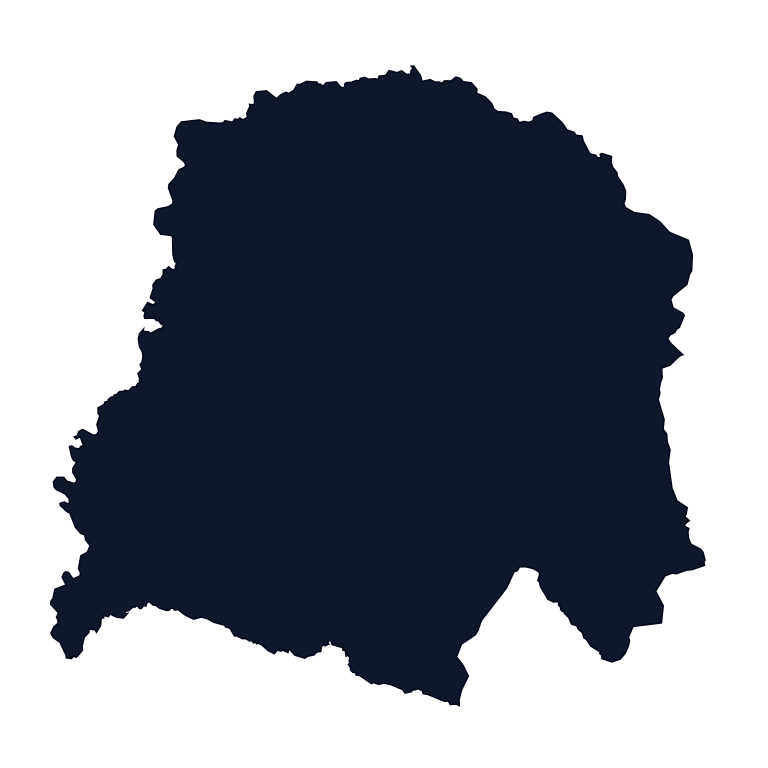 Tain, Brong Ahafo, Ghana, rotated 182°
{"feature_id": "2480657B14065489870616", "entity_name": "Tain", "entity_type": "district", "adm_level": 2, "iso_a3": "GHA", "parent_name": "Ghana", "parent_adm1": "Brong Ahafo", "projection": "orthographic", "projection_center": [-2.339, 7.791], "detail": "fine", "context": "isolated", "style": "filled", "palette": "ink", "viewbox_px": 768, "rotation_deg": 182, "n_neighbors": 0, "source": "geoboundaries", "source_scale": "gbopen_adm2", "svg_char_len": 6095}
<svg xmlns="http://www.w3.org/2000/svg" viewBox="0 0 768 768"><g transform="rotate(182 384 384)"><path d="M692.0,99.2L686.7,98.7L686.8,100.4L685.9,99.8L684.0,101.5L682.5,100.1L680.3,101.8L676.0,107.7L676.6,111.4L674.6,120.6L670.1,125.6L670.7,128.8L664.3,128.2L662.7,125.8L659.0,132.4L658.5,136.1L659.9,136.4L658.3,138.5L658.6,140.8L656.1,140.3L656.7,142.7L651.2,141.9L649.9,144.6L643.0,141.6L636.2,141.1L632.4,145.7L634.8,145.2L634.5,147.9L631.0,148.6L626.9,152.6L625.4,152.0L624.0,153.4L622.1,153.2L620.3,151.0L618.5,151.3L616.6,154.1L614.2,153.7L613.3,157.2L610.9,158.2L606.6,154.8L605.0,155.3L600.9,152.3L593.6,150.1L591.3,150.3L588.8,152.6L586.9,152.6L585.3,150.7L582.1,151.4L574.6,146.1L566.1,142.4L558.4,144.7L551.9,143.1L546.0,140.0L534.4,137.3L534.1,135.8L529.5,134.6L524.4,126.8L523.0,127.4L516.7,124.6L513.0,124.6L509.5,122.5L506.8,122.8L505.4,120.7L503.4,121.6L502.3,119.9L500.8,120.6L497.1,119.1L490.9,113.8L484.2,110.6L481.5,114.3L477.3,113.5L476.5,114.7L470.6,112.3L470.2,114.6L468.9,115.2L463.6,109.9L453.7,107.2L450.7,109.3L444.5,110.8L442.0,113.7L437.9,114.5L437.4,119.5L435.4,121.2L433.8,120.3L430.0,122.2L431.0,122.7L430.7,124.9L428.3,126.0L426.7,121.7L416.2,119.1L415.6,116.5L413.5,116.6L412.4,110.6L410.6,111.7L408.2,108.9L409.2,106.2L408.3,104.1L409.8,102.5L407.7,99.8L407.5,97.0L405.0,94.8L402.2,94.5L401.7,92.1L398.6,92.1L386.0,84.1L384.5,85.4L378.9,83.7L372.9,85.1L367.0,83.9L354.5,79.2L352.2,75.8L345.6,77.6L344.7,79.8L343.1,79.2L339.1,80.6L334.9,78.7L334.1,75.9L329.4,75.3L312.4,69.0L308.8,69.5L306.6,66.0L300.6,66.6L297.5,65.2L298.0,70.9L295.9,80.8L289.5,95.0L295.1,105.5L302.0,113.8L297.6,126.6L284.0,136.6L281.5,140.9L278.5,150.9L254.4,184.5L247.5,200.8L244.1,202.2L242.2,206.0L235.7,206.3L228.6,204.8L222.6,201.7L221.8,198.9L223.4,193.0L221.6,191.5L220.8,187.4L212.7,174.6L206.9,172.1L203.2,172.6L201.1,171.0L202.0,169.6L199.4,166.4L199.7,165.0L197.9,163.0L195.9,163.1L195.9,161.4L191.1,156.9L188.1,150.5L182.9,149.2L181.3,145.7L176.8,142.2L175.5,137.5L172.2,135.2L168.3,129.4L158.0,123.4L159.0,122.2L156.8,120.4L156.6,117.2L146.7,114.2L138.3,117.3L133.8,122.9L130.8,130.1L129.7,136.1L130.8,139.5L126.7,150.4L98.4,154.9L97.2,172.1L105.3,186.4L96.5,202.0L89.0,205.2L85.5,204.5L75.1,208.6L70.0,209.1L57.3,214.0L58.1,217.2L57.0,219.3L59.4,227.1L61.7,229.9L71.6,234.5L74.3,240.5L75.1,246.5L74.3,250.2L78.9,252.4L77.5,255.5L74.2,258.0L79.1,262.4L77.6,264.1L76.6,271.0L87.1,277.4L92.6,290.0L97.1,315.8L95.9,328.3L98.9,336.0L99.8,343.9L103.5,348.6L102.8,358.1L109.5,378.1L107.9,384.3L108.8,388.0L107.6,396.2L106.2,399.7L107.0,409.6L99.0,412.7L89.9,422.1L86.4,423.7L98.5,434.3L102.2,439.2L100.1,442.8L95.1,445.7L93.5,449.0L90.8,450.9L86.3,463.1L87.6,465.0L97.8,470.1L100.4,478.3L98.4,482.2L84.8,494.1L82.3,504.9L80.5,507.8L80.4,523.9L84.8,538.2L104.2,545.6L113.9,555.6L125.1,562.5L140.0,564.0L149.0,568.9L150.7,573.0L149.4,576.7L149.3,585.1L152.2,591.6L157.9,599.4L158.7,603.5L162.9,608.3L164.8,613.3L164.6,619.3L174.5,622.0L175.9,621.2L175.1,617.6L179.0,617.7L180.4,620.1L186.2,621.1L193.5,633.9L194.7,638.8L200.7,639.2L202.9,642.2L209.8,644.2L215.3,651.5L225.8,660.5L230.5,661.2L236.0,659.2L243.5,655.7L244.5,652.2L248.4,650.5L253.3,651.3L257.9,649.9L260.1,653.4L264.1,654.1L266.1,658.4L271.4,659.9L280.0,660.2L283.8,662.7L286.1,667.9L292.5,674.1L301.8,678.0L301.3,681.8L307.2,688.0L315.4,688.9L318.4,692.0L322.9,693.2L327.6,689.2L334.1,689.1L336.5,686.5L339.2,687.7L343.4,687.5L348.5,689.8L356.6,687.7L358.2,693.4L365.4,702.8L367.9,702.5L365.9,700.7L368.0,698.0L368.0,694.6L372.3,694.1L377.3,697.6L381.8,695.6L389.9,697.4L393.2,692.3L399.6,691.6L400.6,688.0L403.3,688.8L410.1,688.1L414.1,689.8L418.4,688.5L419.3,685.9L422.0,686.5L426.8,684.4L431.9,683.9L433.7,682.5L433.6,679.5L434.6,678.8L437.6,679.0L442.2,684.3L452.2,683.1L455.8,679.2L457.7,681.3L460.6,681.6L461.6,683.4L471.7,683.7L478.7,680.3L481.2,680.4L484.2,674.5L489.3,671.0L492.1,672.1L497.2,669.5L501.3,665.3L511.6,672.9L521.8,671.5L523.9,667.1L523.0,659.9L525.3,658.4L528.1,658.8L527.6,657.1L530.6,649.5L529.7,645.9L534.2,643.0L537.4,644.9L539.6,642.9L542.1,643.8L544.7,640.3L552.1,641.6L553.9,639.3L557.1,638.9L570.6,639.2L577.7,641.5L595.6,638.8L599.7,633.7L602.1,624.2L597.4,616.2L598.9,610.2L598.6,604.6L591.6,599.2L589.7,595.8L591.1,593.5L596.3,591.0L600.3,582.5L605.8,576.1L606.2,572.6L601.0,559.4L601.6,556.5L605.7,553.6L616.2,551.0L618.6,548.6L619.5,535.3L612.4,526.0L601.8,525.0L600.5,523.7L599.4,505.8L597.6,499.5L595.4,497.1L596.7,494.5L596.2,491.9L598.9,490.6L603.5,493.5L605.8,490.8L608.5,490.3L608.4,485.8L610.7,481.5L615.2,479.8L618.4,474.8L617.9,471.4L620.6,461.9L615.5,458.6L614.7,456.7L617.9,455.0L623.0,457.1L627.8,449.0L625.1,447.3L626.1,443.7L625.4,441.3L615.8,441.8L613.6,439.4L611.8,439.7L608.8,436.1L606.9,435.9L606.8,433.7L608.6,431.2L610.5,431.5L619.1,426.3L621.2,428.0L626.6,428.2L626.3,430.4L629.8,426.1L631.1,420.6L629.6,412.5L626.9,408.7L625.8,403.3L626.6,397.3L628.4,395.0L626.2,390.4L630.2,385.9L628.3,380.7L626.6,381.0L627.0,379.6L628.6,379.5L628.4,376.3L630.3,375.8L631.7,372.6L635.4,372.3L639.0,368.1L643.1,368.7L643.3,367.6L648.3,367.1L651.1,363.9L653.2,363.6L654.2,361.3L656.1,361.4L658.9,359.1L659.2,357.0L662.2,356.3L663.1,353.6L669.0,350.2L668.7,344.6L666.9,342.4L669.5,333.6L667.5,326.8L669.7,323.1L672.9,322.8L683.7,328.0L687.4,325.9L688.7,321.4L691.6,320.4L689.9,318.3L685.9,320.9L681.8,311.3L682.1,310.4L683.4,311.6L685.1,310.8L686.1,308.6L690.6,309.0L693.9,311.2L696.2,310.5L693.5,300.2L691.6,296.9L688.5,295.1L692.0,288.9L691.9,284.8L687.7,278.0L688.0,275.4L690.1,273.8L697.9,275.9L700.7,279.5L707.7,279.3L711.0,274.7L709.9,269.2L707.6,266.9L699.1,263.2L694.5,258.2L694.3,252.8L699.7,254.9L703.7,253.3L703.2,251.3L696.2,245.2L693.6,244.3L687.3,229.9L682.0,224.3L677.8,222.6L676.8,217.9L672.1,212.2L674.5,205.6L681.0,201.7L682.8,188.9L680.5,184.4L681.3,181.6L687.9,178.3L692.8,184.8L695.5,185.2L697.4,183.6L698.9,179.7L694.7,172.1L705.7,167.4L707.5,157.7L709.2,155.5L709.3,152.1L701.2,143.9L703.2,139.6L701.4,136.2L701.5,133.5L705.5,129.6L708.2,123.4L705.4,118.8L698.9,114.6L692.0,101.6L692.0,99.2Z" fill="#0f172a" stroke="#020617" stroke-width="1.5"/></g></svg>